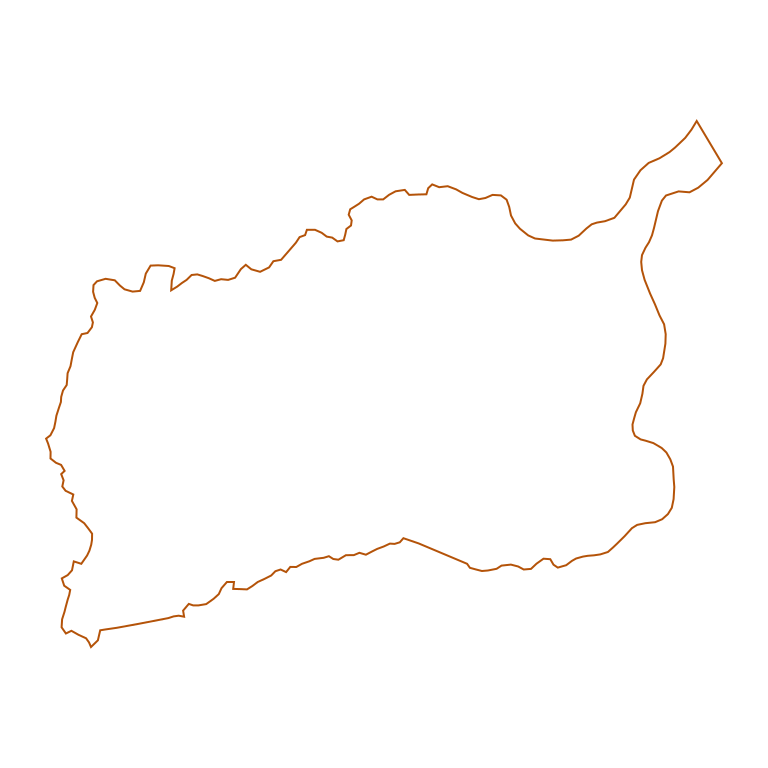 outline of Camamu, Bahia, Brazil
{"feature_id": "56859067B78480965793376", "entity_name": "Camamu", "entity_type": "district", "adm_level": 2, "iso_a3": "BRA", "parent_name": "Brazil", "parent_adm1": "Bahia", "projection": "orthographic", "projection_center": [-39.173, -14.002], "detail": "fine", "context": "isolated", "style": "outline", "palette": "amber", "viewbox_px": 768, "rotation_deg": 0, "n_neighbors": 0, "source": "geoboundaries", "source_scale": "gbopen_adm2", "svg_char_len": 3599}
<svg xmlns="http://www.w3.org/2000/svg" viewBox="0 0 768 768"><path d="M721.9,163.2L696.7,121.0L691.5,129.6L685.2,137.9L675.0,147.6L669.5,152.1L659.4,158.3L648.7,162.9L640.5,170.2L634.0,179.6L629.8,197.6L625.7,204.4L614.4,217.8L605.0,221.2L596.9,222.6L591.7,224.3L586.4,228.5L578.7,235.7L571.1,239.6L563.0,240.3L552.7,240.6L535.0,238.5L528.2,235.4L519.9,228.7L515.2,223.4L511.0,215.5L509.2,206.9L506.6,199.7L500.9,195.4L492.5,194.9L485.4,198.0L478.9,199.2L472.1,197.0L462.4,192.9L456.2,189.4L447.7,186.2L439.2,187.2L432.2,184.4L428.2,188.2L426.4,194.3L418.1,194.5L409.2,194.9L404.8,189.9L395.6,191.3L389.1,194.8L383.2,199.4L377.4,199.4L371.6,196.7L364.1,199.4L359.1,203.7L354.4,206.7L350.2,209.3L348.7,214.7L351.7,220.4L351.0,225.5L346.4,229.0L345.2,234.7L343.7,240.2L337.5,241.4L332.2,237.6L326.7,236.6L321.7,232.8L315.0,229.8L306.9,229.8L305.1,235.1L299.6,237.1L295.9,242.7L281.1,259.8L273.4,261.2L269.1,267.4L260.1,271.8L251.3,269.3L245.8,264.8L240.9,269.1L235.1,277.7L228.1,279.9L221.1,279.2L214.8,280.9L208.8,278.2L202.6,276.0L197.3,274.4L191.6,275.0L186.6,279.9L181.9,283.0L177.2,286.6L171.2,290.3L171.8,280.6L173.6,273.9L174.6,268.2L168.8,266.0L158.1,265.3L150.6,265.6L145.8,273.6L143.8,282.3L140.1,290.9L132.6,291.6L124.5,289.3L120.0,285.6L114.8,280.3L105.6,278.8L97.0,281.3L93.5,285.1L93.1,291.8L94.7,297.8L97.3,303.0L94.8,309.8L91.0,316.5L92.9,322.4L91.9,327.2L87.5,333.0L81.7,334.2L77.8,342.1L73.2,352.2L72.0,358.2L70.5,366.2L67.6,373.2L67.2,379.1L66.7,385.0L63.0,390.5L61.2,396.9L60.9,402.0L58.9,407.9L56.4,415.7L55.4,421.8L54.1,428.1L50.4,435.3L46.1,438.6L48.1,443.6L50.6,451.8L50.5,458.5L56.0,462.8L61.1,464.9L64.6,470.9L61.2,474.1L63.6,480.3L62.3,486.5L65.6,490.8L73.3,494.5L71.9,500.9L76.6,509.3L76.4,517.6L84.2,523.2L88.4,528.6L92.1,533.7L92.0,539.9L91.2,544.8L89.4,550.7L87.1,555.5L81.3,563.8L73.8,561.4L72.0,570.3L67.7,575.1L61.8,578.4L64.2,585.7L70.2,589.9L69.2,595.0L67.7,599.6L65.7,607.0L64.5,611.8L62.1,619.3L61.6,627.3L65.9,633.5L71.4,630.8L78.5,634.8L86.1,638.3L89.0,642.4L91.0,647.0L97.9,640.3L100.2,630.3L105.1,629.5L116.8,627.8L138.8,623.8L168.3,618.1L173.6,616.4L178.7,615.7L184.1,616.7L183.1,610.6L188.8,603.9L193.2,605.4L198.4,605.4L206.2,604.1L213.6,598.8L218.8,594.1L221.5,588.2L226.9,582.0L234.0,582.0L233.2,588.9L240.2,589.1L247.0,589.4L252.4,586.0L257.7,582.0L264.5,578.9L271.2,575.5L275.4,571.2L280.6,569.5L286.1,572.1L290.3,566.9L296.3,567.0L302.0,563.8L309.3,561.3L314.6,558.9L323.7,557.8L328.9,556.2L333.3,559.0L338.4,559.7L345.9,555.2L353.9,555.1L359.4,552.8L365.9,554.7L372.4,551.3L377.2,548.9L383.7,546.5L389.9,543.6L394.6,543.9L399.8,542.3L403.4,538.2L418.6,543.4L467.1,563.8L469.9,567.8L475.7,569.4L481.9,571.0L487.9,570.5L496.6,568.8L501.5,565.6L510.9,564.6L518.2,566.5L523.7,569.5L531.0,568.9L536.5,563.7L543.5,558.7L550.3,559.2L553.5,564.7L557.8,567.6L566.2,565.2L571.9,560.9L576.1,558.5L582.9,556.6L587.8,555.8L594.1,555.3L600.3,554.4L607.9,552.0L613.1,547.4L617.0,543.7L624.6,536.2L631.9,528.2L637.1,524.9L645.3,523.2L655.1,522.2L662.2,519.2L667.9,514.1L671.8,507.8L673.6,499.1L674.3,487.0L673.7,479.5L673.0,466.6L670.3,459.3L666.4,452.5L661.7,448.0L653.4,443.1L645.6,440.7L640.6,439.4L634.9,435.8L632.8,430.5L632.5,424.5L634.2,418.1L635.9,412.2L640.2,403.3L642.4,393.8L643.5,385.8L646.9,379.4L653.7,372.2L660.7,364.4L663.1,358.2L665.4,343.7L665.7,334.2L664.1,324.3L659.5,315.4L655.0,304.4L650.1,293.6L644.6,279.8L642.0,270.2L641.2,261.9L642.0,255.1L645.5,247.7L649.0,242.2L652.0,235.3L654.0,228.0L658.0,211.1L661.9,200.6L666.0,195.5L678.6,191.4L689.5,192.3L698.2,187.7L707.6,179.9L721.9,163.2Z" fill="none" stroke="#b45309" stroke-width="2"/></svg>